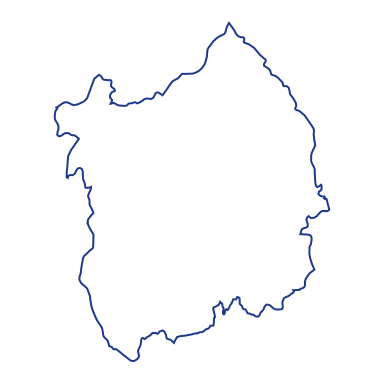 outline of Dien Khanh, Khánh Hòa, Vietnam
{"feature_id": "81297802B57264474428475", "entity_name": "Dien Khanh", "entity_type": "district", "adm_level": 2, "iso_a3": "VNM", "parent_name": "Vietnam", "parent_adm1": "Khánh Hòa", "projection": "robinson", "projection_center": [109.047, 12.278], "detail": "fine", "context": "isolated", "style": "outline", "palette": "blue", "viewbox_px": 384, "rotation_deg": 0, "n_neighbors": 0, "source": "geoboundaries", "source_scale": "gbopen_adm2", "svg_char_len": 5900}
<svg xmlns="http://www.w3.org/2000/svg" viewBox="0 0 384 384"><path d="M299.4,289.9L299.7,289.4L300.5,288.9L303.4,287.8L304.6,286.6L304.9,285.7L305.0,282.0L305.3,280.0L305.8,278.9L308.2,275.1L309.7,273.2L314.4,269.6L312.1,264.3L310.2,258.5L309.6,255.3L309.4,253.7L309.5,247.0L310.7,244.6L311.5,240.8L311.6,237.8L311.1,236.3L310.4,235.4L309.2,234.9L307.3,234.5L300.3,234.2L300.7,233.2L301.4,230.2L301.8,229.4L302.6,228.7L306.7,227.3L307.6,226.3L307.8,225.6L307.6,223.8L307.3,222.5L306.6,220.6L306.4,219.4L306.6,218.5L307.1,217.6L308.6,216.1L310.0,217.4L311.0,218.0L311.7,218.1L314.2,217.7L315.7,216.9L316.9,216.0L320.2,212.3L321.2,211.5L322.2,211.0L323.0,210.9L327.0,211.2L328.2,210.6L329.3,209.6L326.5,199.0L325.2,199.0L324.4,198.7L324.1,198.4L324.7,197.8L324.9,197.2L324.7,196.8L324.3,196.5L322.2,196.4L320.6,196.0L318.4,194.1L318.8,191.9L319.2,191.3L320.8,190.5L321.5,189.5L321.6,186.5L321.3,185.0L321.0,184.7L319.6,185.9L317.5,187.1L316.8,186.8L316.2,186.2L315.5,184.1L314.9,176.7L314.7,169.4L314.1,167.4L311.9,163.2L311.3,161.4L311.1,160.2L311.2,155.8L311.4,154.0L312.2,151.9L315.1,145.7L315.1,144.1L314.5,141.4L313.8,135.9L313.7,134.3L314.0,131.0L313.7,129.1L313.1,127.8L310.5,123.8L304.6,115.4L299.9,111.4L299.1,110.8L296.8,110.2L295.6,109.5L295.3,109.1L295.3,108.4L296.1,106.2L296.2,105.3L295.9,103.2L294.4,100.3L292.2,96.9L290.0,94.1L289.5,90.7L288.9,88.2L288.5,87.6L287.0,86.3L283.5,86.0L283.2,85.4L283.0,83.7L282.2,82.1L277.9,77.7L275.3,75.8L272.2,75.0L271.5,74.4L271.1,73.9L270.5,71.7L269.7,69.8L268.0,68.2L264.2,65.9L263.9,64.3L264.3,63.4L265.5,61.6L265.8,60.5L265.6,59.5L263.7,58.2L260.1,55.0L254.2,48.0L249.0,44.3L244.0,42.5L243.8,41.9L244.3,39.7L244.1,38.0L242.9,37.2L241.0,37.3L238.4,36.3L237.0,35.0L235.9,33.6L233.8,29.6L229.0,23.0L228.0,24.6L226.5,27.9L225.9,30.6L225.2,32.6L224.6,33.6L223.7,34.3L219.2,36.5L217.4,37.6L215.8,39.0L213.4,41.2L209.0,47.0L207.9,48.7L207.3,50.9L206.9,56.6L206.1,59.7L205.2,62.8L204.3,64.8L202.4,67.6L199.3,70.6L196.4,72.3L192.8,73.6L185.6,73.9L182.7,73.8L182.0,74.0L180.8,75.1L179.6,76.7L178.2,78.1L176.7,79.0L174.0,80.3L172.2,81.6L169.8,84.8L167.6,88.2L162.5,95.3L158.6,92.6L157.2,92.4L156.4,92.7L155.5,93.4L153.9,96.7L152.9,97.9L152.0,98.6L150.7,99.0L147.2,98.4L145.7,98.8L144.2,99.3L141.4,101.4L137.7,103.4L136.9,103.2L135.4,102.3L134.5,102.3L131.5,103.3L129.7,103.3L129.0,103.6L128.0,104.2L127.1,105.3L126.1,105.7L124.7,105.9L123.0,105.8L119.8,105.5L117.6,105.1L114.3,103.1L113.5,102.9L112.6,103.0L111.8,103.6L110.6,103.7L111.5,102.2L112.0,100.7L112.0,100.0L110.2,97.8L110.0,96.4L110.2,95.1L110.9,93.4L111.7,92.4L112.7,91.7L114.7,91.0L114.9,90.7L114.8,90.0L114.2,88.9L112.0,87.3L111.4,86.6L111.0,86.0L111.0,85.1L111.3,83.9L111.5,81.3L110.9,80.4L110.2,80.1L108.2,80.2L104.0,79.7L103.4,79.4L102.5,78.6L101.4,76.7L100.7,75.9L99.2,74.9L98.6,75.2L95.0,78.1L94.2,79.0L87.5,97.2L86.5,99.0L84.6,100.9L82.5,102.2L77.6,104.4L74.0,105.1L71.8,104.5L69.6,103.3L67.1,102.3L64.8,102.3L62.1,103.6L58.3,106.5L56.4,107.5L57.2,108.2L57.3,108.5L57.1,109.0L56.4,109.5L55.4,111.4L55.0,113.6L54.7,116.2L54.9,118.5L55.2,120.0L57.6,123.8L58.2,125.3L58.5,126.7L58.4,128.4L58.2,130.1L57.6,131.7L57.2,134.8L58.4,136.0L60.0,136.2L61.7,135.5L64.0,133.7L65.3,133.1L68.4,133.1L71.3,135.0L72.3,135.3L73.6,135.2L74.9,135.6L76.2,136.5L78.9,138.8L71.3,149.7L68.4,155.5L67.9,158.4L67.5,164.4L66.7,172.9L66.7,177.3L67.7,178.0L67.9,177.1L68.5,176.0L69.4,175.2L70.5,175.0L72.5,175.2L73.5,174.7L74.4,173.9L75.4,172.7L75.9,171.3L77.2,169.2L78.0,168.4L79.2,168.0L80.4,168.1L81.9,169.1L82.7,171.4L83.0,178.1L83.5,180.5L84.5,182.6L85.3,187.1L85.8,187.8L88.1,187.8L89.8,187.5L91.0,186.9L90.9,189.1L88.7,193.9L88.1,195.8L88.2,196.7L89.5,200.0L89.5,204.4L92.8,211.1L93.4,213.0L90.9,215.7L88.4,219.0L87.8,220.4L87.9,222.7L87.4,223.1L89.7,228.2L93.1,233.8L93.5,235.1L93.2,246.4L92.9,247.9L92.3,248.6L89.2,251.0L87.5,253.0L84.6,255.5L83.9,256.3L83.2,257.8L82.2,262.7L81.1,269.4L80.8,272.7L79.5,277.1L79.3,278.8L79.7,280.5L81.0,282.9L86.6,287.9L87.6,289.5L90.0,296.3L90.3,299.7L91.4,306.3L92.7,310.3L95.2,316.4L97.0,320.3L101.6,327.3L102.4,329.3L103.2,334.9L103.7,336.4L104.5,337.5L106.8,339.6L107.8,341.2L108.9,344.6L109.2,346.1L110.9,346.6L111.8,347.1L113.3,349.1L114.1,349.4L114.6,349.4L115.2,349.0L115.9,349.0L119.4,351.6L121.4,353.3L130.1,360.2L132.0,361.0L133.8,361.0L135.3,360.4L137.3,359.0L138.4,357.8L138.9,356.7L139.0,355.6L138.0,351.5L138.0,350.6L139.9,346.6L140.7,344.4L141.2,340.1L141.9,338.2L142.5,338.0L143.5,338.3L144.4,339.0L144.7,339.1L147.0,337.2L150.2,335.4L152.5,333.0L155.7,333.0L157.4,333.8L157.7,333.8L158.6,333.0L159.1,332.1L159.7,331.5L162.5,330.5L163.2,330.6L164.4,331.7L165.1,332.9L166.0,334.9L166.4,337.2L166.9,338.6L170.0,339.6L171.4,340.4L173.9,342.9L175.4,339.9L176.7,337.9L176.9,337.2L179.9,336.2L185.5,335.6L191.7,334.4L195.3,333.4L197.1,333.4L199.9,332.3L202.1,332.1L203.6,331.3L205.9,329.4L208.6,328.4L209.8,326.9L210.3,325.7L213.3,325.6L213.6,325.0L213.9,321.9L214.0,318.1L215.0,317.2L214.9,316.1L213.2,308.6L213.4,307.6L215.3,306.8L218.5,305.0L219.5,303.5L220.1,301.8L222.3,304.0L222.4,306.0L223.5,308.2L223.6,309.1L222.9,311.6L223.0,313.3L223.4,314.2L223.8,314.4L224.1,314.3L224.5,313.8L225.4,310.2L225.8,309.7L226.5,309.3L227.5,310.1L228.2,309.4L230.3,305.1L231.8,303.0L233.3,299.3L236.2,299.4L237.2,297.0L239.4,297.8L239.7,299.6L239.6,301.1L239.8,302.4L239.6,303.5L240.0,304.3L241.7,305.6L242.8,308.3L243.3,308.8L243.9,309.2L245.7,309.6L246.2,310.3L247.0,312.4L248.0,313.5L249.7,313.5L251.4,314.7L253.4,314.6L255.4,316.3L256.8,316.6L257.8,316.6L258.7,316.3L259.3,315.6L260.5,312.7L263.1,310.1L263.9,308.6L264.6,306.6L265.7,305.3L266.5,304.7L267.2,304.6L269.0,304.9L270.4,305.6L273.6,308.5L275.7,309.4L279.9,309.5L281.8,309.1L282.5,308.5L282.8,307.4L282.4,303.0L282.6,301.5L283.8,298.4L284.5,297.8L285.7,297.2L288.6,296.0L289.8,295.2L290.9,294.1L292.4,293.3L293.9,291.9L294.0,291.4L293.3,290.2L299.4,289.9Z" fill="none" stroke="#1e3a8a" stroke-width="2"/></svg>